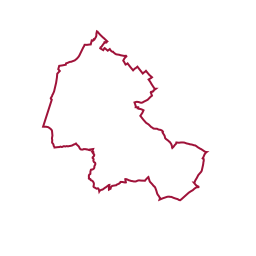 Iclod, Cluj, Romania (Natural Earth projection), rotated 119°
{"feature_id": "2599482B98447640096119", "entity_name": "Iclod", "entity_type": "district", "adm_level": 2, "iso_a3": "ROU", "parent_name": "Romania", "parent_adm1": "Cluj", "projection": "natural_earth1", "projection_center": [23.813, 47.003], "detail": "fine", "context": "isolated", "style": "outline", "palette": "rose", "viewbox_px": 256, "rotation_deg": 119, "n_neighbors": 0, "source": "geoboundaries", "source_scale": "gbopen_adm2", "svg_char_len": 5761}
<svg xmlns="http://www.w3.org/2000/svg" viewBox="0 0 256 256"><g transform="rotate(119 128 128)"><path d="M168.0,202.9L167.0,200.9L166.7,200.5L166.0,198.4L166.0,197.5L166.3,195.2L166.7,194.1L167.0,193.4L167.9,192.7L171.3,190.4L173.7,189.6L174.4,189.2L175.0,188.6L175.9,188.1L177.3,187.5L177.8,186.9L178.1,186.0L178.4,185.5L178.7,185.1L179.7,184.3L180.3,183.1L180.7,182.8L178.4,179.6L178.2,179.1L177.0,178.0L176.9,177.1L176.5,176.4L175.5,175.7L175.0,175.3L174.8,174.8L174.6,173.9L173.7,173.0L173.4,172.5L173.3,171.9L173.0,171.4L172.0,170.3L171.7,169.8L170.4,168.4L168.7,167.4L168.2,166.9L168.1,166.7L166.8,166.0L167.3,164.9L168.0,162.1L168.5,161.3L169.0,160.7L169.5,159.7L169.6,159.2L169.6,158.8L169.1,157.6L168.7,157.0L168.1,156.7L167.8,156.3L167.1,154.9L167.0,154.4L166.7,153.9L166.7,153.4L166.3,152.8L166.3,152.0L166.0,151.0L165.9,150.7L165.3,150.9L163.3,148.3L165.7,147.9L165.9,147.8L165.9,147.4L165.7,146.8L165.8,146.6L166.1,146.5L166.4,146.7L166.5,147.3L166.9,146.7L166.7,146.1L167.2,145.5L167.4,145.5L167.7,145.2L167.7,144.9L168.1,144.6L168.1,144.4L169.2,144.2L170.7,144.7L171.3,144.5L171.5,144.3L171.6,143.5L171.8,143.2L172.2,142.8L173.3,142.5L173.8,142.0L174.2,141.4L174.3,141.1L174.3,140.2L174.4,139.9L174.7,139.5L175.6,139.0L176.3,138.9L177.7,138.9L179.1,138.2L180.1,138.2L180.6,138.4L181.5,138.9L182.0,139.6L182.1,139.9L182.3,140.1L182.5,140.2L184.1,139.8L184.7,139.6L185.9,138.9L186.4,138.7L186.8,138.8L187.4,139.2L187.6,139.3L188.7,139.1L189.8,138.5L190.2,138.1L190.9,137.9L191.1,137.8L191.3,137.5L191.2,137.0L191.0,136.5L191.0,136.0L191.7,135.4L191.7,135.1L191.6,134.6L191.5,134.0L191.6,133.2L192.1,132.1L192.7,131.3L193.0,131.0L194.3,130.3L195.8,129.9L196.1,129.6L196.3,129.0L196.3,128.3L196.2,127.6L196.3,126.8L196.3,126.0L196.0,125.6L195.3,125.1L195.3,124.9L195.5,124.3L196.2,123.4L197.4,122.4L196.8,122.4L196.1,122.1L196.0,121.9L195.3,121.6L194.9,121.3L194.4,120.6L194.2,120.4L190.9,118.9L191.1,118.9L190.3,118.5L187.1,117.1L186.8,116.7L189.6,115.7L190.3,115.3L191.1,114.8L189.5,113.8L188.9,114.1L188.4,114.2L187.4,114.2L186.6,113.9L186.0,113.4L183.7,110.5L183.0,110.4L181.6,109.3L181.2,109.1L181.1,108.9L180.7,108.8L179.9,108.4L178.8,108.4L178.3,107.5L178.2,107.2L177.8,106.4L177.4,105.0L177.1,104.6L177.1,104.1L176.6,103.5L174.1,105.6L173.8,105.3L173.6,104.8L173.4,103.8L173.3,101.9L173.0,100.8L172.9,100.0L172.6,99.0L172.2,98.1L172.1,97.4L171.8,96.8L171.0,95.3L169.7,94.3L169.1,93.8L168.4,92.9L167.8,91.4L165.9,87.6L165.4,87.6L161.4,86.6L161.0,86.4L164.1,83.2L164.4,82.7L165.5,79.3L166.2,77.7L166.3,76.8L166.4,76.5L166.5,76.5L166.7,75.7L167.2,75.0L169.1,72.8L171.2,70.7L172.0,69.5L172.3,68.6L173.5,66.5L173.6,66.1L175.4,65.7L172.4,63.3L169.1,60.3L168.1,58.8L167.9,57.9L167.3,56.8L167.2,56.4L167.0,54.3L166.6,52.0L166.1,50.0L166.2,49.6L166.2,48.4L165.9,47.4L165.4,47.2L164.6,46.8L155.1,43.5L152.8,42.3L151.0,41.2L148.9,40.5L147.2,39.7L146.5,39.1L145.6,37.7L145.4,37.7L145.1,38.0L145.2,39.6L145.0,41.0L143.8,44.0L143.5,43.4L143.2,43.4L142.2,43.6L141.7,43.7L140.6,43.7L138.4,43.6L135.1,43.7L130.9,42.8L129.7,42.8L128.9,43.0L124.1,44.4L122.4,45.0L121.3,45.5L120.1,45.8L118.5,46.7L118.5,47.5L118.4,48.0L117.0,47.9L113.7,48.3L112.6,48.0L111.7,48.0L110.9,47.6L111.3,48.5L111.4,49.5L111.3,50.5L111.2,51.4L111.0,53.8L111.1,54.6L111.0,57.6L110.7,59.6L110.7,61.0L111.1,61.8L111.4,63.6L111.7,64.6L112.3,66.1L112.3,66.5L112.6,67.7L113.1,69.3L113.4,71.4L113.6,72.1L115.0,74.7L116.2,76.3L117.2,78.7L117.6,78.6L118.3,78.3L120.0,78.8L122.4,79.1L124.0,79.6L123.7,80.0L122.9,80.3L122.4,81.0L121.3,82.1L121.0,82.6L120.0,84.6L119.9,85.3L119.9,85.8L119.6,86.4L119.2,89.5L118.9,90.5L117.0,92.3L115.8,94.5L115.2,95.6L114.9,95.8L114.5,95.5L114.4,95.5L114.2,95.8L113.8,96.7L113.8,97.3L113.8,98.0L114.0,99.1L114.4,99.9L114.6,101.2L114.6,102.3L115.4,103.8L116.1,105.3L116.1,105.9L115.9,106.5L115.9,108.2L114.9,111.7L114.7,114.7L114.0,116.6L113.6,117.8L113.1,119.1L111.4,123.1L107.7,122.8L105.0,123.0L105.0,123.9L105.3,126.2L105.9,127.7L105.6,128.0L105.5,128.3L105.9,128.4L106.1,129.0L105.0,129.3L106.1,131.4L105.1,131.8L104.7,132.3L103.9,133.1L102.5,134.7L101.2,133.5L100.6,132.5L100.1,131.1L100.0,130.6L99.9,130.0L99.6,128.9L99.3,128.4L98.6,127.6L97.9,127.3L93.8,124.5L89.8,123.4L88.1,122.7L85.8,125.4L85.3,125.4L85.0,125.2L84.8,124.9L84.7,124.4L84.2,124.0L83.7,124.0L83.5,123.7L82.8,123.8L82.6,123.6L82.1,123.6L80.6,122.8L80.1,122.6L80.2,122.8L80.9,123.2L80.9,123.3L80.7,123.7L80.5,124.3L78.3,128.5L76.8,131.0L75.6,133.5L72.8,131.9L72.0,131.6L71.2,135.3L70.8,136.2L70.5,137.1L69.3,140.0L70.7,140.4L71.7,141.0L73.2,141.5L69.8,149.5L71.7,150.2L72.9,150.9L75.1,151.5L73.5,155.6L71.7,159.7L72.8,160.2L73.7,160.9L72.1,163.4L71.4,164.8L70.2,164.9L69.6,164.8L69.1,164.9L67.2,164.5L66.2,164.1L66.0,164.3L65.8,164.8L66.6,165.9L67.0,166.9L67.9,169.6L68.1,170.4L68.1,170.8L68.6,172.2L68.6,172.3L68.8,172.7L69.2,173.8L69.2,174.0L69.3,174.3L69.3,175.0L68.8,177.8L68.6,178.0L68.8,178.3L68.9,179.5L68.5,180.9L67.8,182.2L69.0,182.7L70.2,183.2L69.4,187.2L69.6,187.3L71.9,187.4L71.8,190.9L70.8,191.1L69.6,190.5L68.6,190.5L67.2,190.3L66.2,190.2L65.5,190.0L64.3,190.2L64.0,189.7L64.2,189.1L64.2,188.9L64.0,188.6L63.6,188.3L62.7,188.3L62.3,188.1L61.0,193.2L61.0,193.6L59.9,197.7L59.0,200.3L58.6,201.2L58.8,201.3L58.7,202.0L60.8,201.4L62.7,200.4L63.9,200.2L67.0,200.3L67.0,200.9L67.0,201.0L68.8,201.1L69.0,202.2L73.0,201.1L73.5,201.9L75.1,204.1L76.3,206.3L78.0,206.1L79.1,206.2L86.4,205.8L88.3,205.7L89.8,205.8L92.1,206.3L94.6,207.3L95.0,207.6L97.7,209.9L98.2,210.7L98.8,211.3L100.2,212.3L101.5,213.5L102.4,213.3L102.8,213.1L105.1,215.8L107.0,218.3L110.4,217.5L111.2,215.3L114.8,216.2L118.4,214.6L123.3,212.8L131.8,210.4L134.8,210.1L135.5,210.2L136.8,209.9L139.4,210.0L139.7,209.8L140.0,209.3L140.0,208.7L140.2,208.4L168.0,202.9Z" fill="none" stroke="#9f1239" stroke-width="2"/></g></svg>